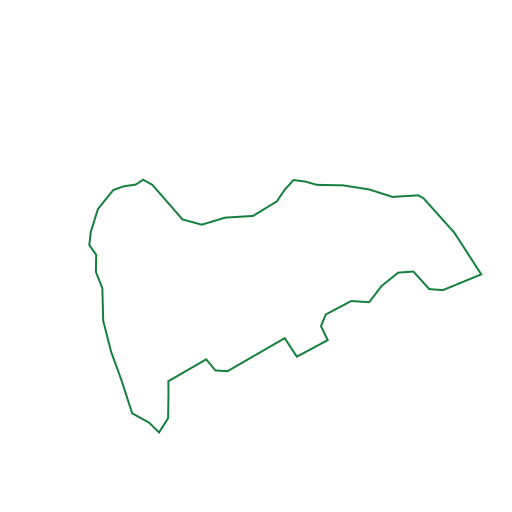 map outline of Kyegegwa (Robinson projection), rotated 240°
{"feature_id": "UGA-5611", "entity_name": "Kyegegwa", "entity_type": "District", "adm_level": 1, "iso_a3": "UGA", "parent_name": "Uganda", "parent_adm1": "", "projection": "robinson", "projection_center": [31.032, 0.442], "detail": "fine", "context": "isolated", "style": "outline", "palette": "green", "viewbox_px": 512, "rotation_deg": 240, "n_neighbors": 0, "source": "natural_earth", "source_scale": "10m", "svg_char_len": 783}
<svg xmlns="http://www.w3.org/2000/svg" viewBox="0 0 512 512"><g transform="rotate(240 256 256)"><path d="M227.5,426.7L222.4,429.9L177.1,439.4L127.5,441.9L133.0,400.8L140.7,389.5L163.9,384.5L170.5,370.8L167.2,349.6L159.4,330.9L169.4,315.9L170.5,287.2L162.8,277.2L147.3,276.0L148.4,241.0L170.5,239.8L170.5,173.7L177.1,163.7L191.4,161.2L191.4,117.5L180.4,111.3L159.5,98.8L151.7,83.8L165.0,80.1L181.7,70.1L216.8,77.6L245.4,82.6L276.3,91.3L304.9,106.8L322.3,109.4L336.9,118.2L348.8,117.1L359.4,124.9L375.8,142.7L384.5,165.4L382.4,176.6L378.0,187.5L378.5,196.4L369.5,201.8L324.5,210.6L310.3,224.6L304.6,248.6L292.2,273.4L292.9,301.4L299.0,313.9L303.0,326.4L296.1,335.6L287.2,344.3L273.6,366.8L257.2,387.1L238.9,403.8L227.5,426.7Z" fill="none" stroke="#15803d" stroke-width="2"/></g></svg>